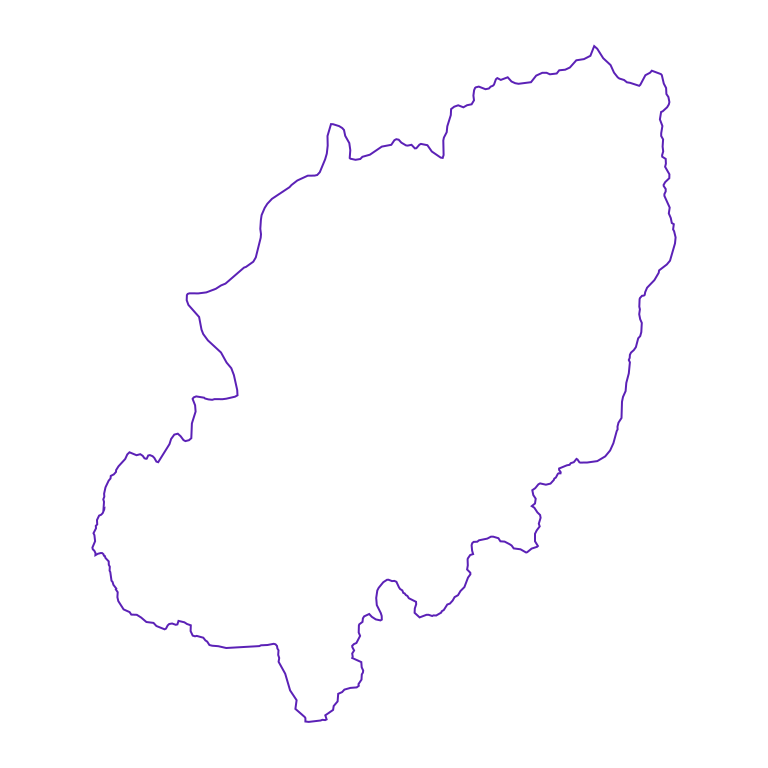 outline of Güicán, Boyacá, Colombia
{"feature_id": "7082276B71833607735517", "entity_name": "Güicán", "entity_type": "district", "adm_level": 2, "iso_a3": "COL", "parent_name": "Colombia", "parent_adm1": "Boyacá", "projection": "albers", "projection_center": [-72.306, 6.561], "detail": "fine", "context": "isolated", "style": "outline", "palette": "violet", "viewbox_px": 768, "rotation_deg": 0, "n_neighbors": 0, "source": "geoboundaries", "source_scale": "gbopen_adm2", "svg_char_len": 6051}
<svg xmlns="http://www.w3.org/2000/svg" viewBox="0 0 768 768"><path d="M331.0,124.1L327.5,136.0L327.7,145.6L326.8,153.6L325.1,159.4L319.8,172.2L317.2,175.0L314.6,175.6L307.7,175.7L297.3,180.5L291.5,185.0L289.5,187.2L272.0,198.8L267.3,203.8L264.7,207.9L261.6,215.1L260.9,219.9L260.3,228.9L261.0,234.2L260.7,237.7L255.8,257.4L253.3,261.7L246.0,266.9L244.0,267.6L225.5,283.6L221.1,285.4L215.8,288.8L206.3,292.4L198.3,293.4L189.5,293.3L187.7,293.9L186.9,295.1L186.7,300.2L188.4,304.9L199.1,317.0L201.5,329.6L203.2,334.0L207.9,340.4L221.0,352.5L226.6,362.6L231.3,368.2L233.9,375.1L237.2,390.0L237.5,395.3L235.0,396.7L226.3,398.7L222.5,399.2L214.6,399.1L212.2,399.8L208.4,399.4L205.0,398.5L204.1,397.7L196.2,396.4L193.7,397.4L192.6,398.9L195.1,405.3L195.6,411.6L191.9,423.4L191.3,438.2L189.0,440.2L185.4,441.1L183.5,440.1L180.6,436.2L177.8,433.7L174.3,434.6L171.1,439.0L169.5,444.1L158.2,462.2L156.4,461.6L154.3,457.9L152.6,456.2L149.9,455.1L148.2,455.5L146.8,458.6L146.1,458.8L144.5,458.3L142.7,455.8L140.3,454.2L136.5,455.2L129.5,452.3L127.3,454.4L125.2,459.0L118.5,466.3L116.1,470.1L116.0,471.9L113.8,474.4L110.8,475.9L110.5,478.5L108.7,480.6L105.5,487.3L104.1,493.7L104.3,496.7L103.3,499.3L104.0,501.8L103.5,509.2L104.3,508.6L104.2,509.5L102.7,513.1L101.2,514.7L99.1,515.6L97.0,520.0L97.2,524.4L95.8,525.9L96.0,528.3L93.5,533.2L94.4,535.1L95.1,541.2L92.4,547.6L92.8,549.3L94.3,550.7L95.5,553.1L95.4,555.2L97.8,553.8L100.9,553.0L102.2,553.1L103.5,554.3L103.9,555.7L104.8,556.0L105.5,558.0L108.7,561.4L108.8,564.8L109.8,566.7L109.6,570.7L110.3,572.1L111.5,580.7L112.6,582.0L113.4,584.8L116.3,588.6L115.8,589.4L117.7,592.2L117.4,597.2L118.3,601.1L123.6,609.4L129.6,612.1L131.3,614.6L136.8,614.8L141.1,617.5L146.4,622.0L153.5,622.9L156.4,626.0L164.6,629.3L166.0,628.6L167.7,625.4L169.2,624.0L172.1,623.5L175.8,624.8L177.4,624.4L178.5,620.9L184.4,622.3L187.0,624.0L190.8,625.3L190.6,631.1L192.7,635.6L195.0,636.3L196.7,635.9L203.3,637.7L205.4,640.4L207.2,641.6L209.4,645.0L212.1,645.7L218.3,646.2L226.2,648.0L259.3,646.1L261.0,645.3L267.5,645.0L273.7,643.8L275.5,644.3L277.0,646.0L277.4,648.5L278.5,650.3L278.2,654.9L279.2,658.0L278.6,661.8L285.2,673.7L290.1,690.4L296.6,700.2L295.4,708.9L304.7,717.0L305.4,718.1L305.4,721.5L308.7,721.9L320.6,720.5L322.4,719.8L325.1,720.1L326.6,719.4L325.3,715.3L333.1,709.9L333.7,706.0L337.6,701.4L338.2,693.8L342.1,692.1L344.4,689.6L350.4,687.9L356.7,687.4L358.8,685.8L358.5,684.1L361.5,679.6L361.8,674.4L362.9,672.6L363.2,670.6L361.7,667.3L361.3,662.1L352.2,658.0L352.7,656.6L352.2,653.5L354.1,650.5L352.3,647.1L352.2,645.8L353.9,644.1L356.4,643.0L360.1,635.9L358.7,632.5L358.9,625.4L359.3,624.3L362.5,621.9L362.9,618.4L364.1,616.4L369.2,614.0L371.8,616.8L375.8,619.4L380.5,620.4L381.8,619.6L381.7,616.0L380.8,613.1L376.8,605.1L376.2,598.0L377.3,590.5L378.7,587.8L383.3,582.2L387.0,579.8L388.4,579.7L392.0,581.1L394.4,580.9L396.4,581.8L399.0,587.4L400.1,589.0L402.3,590.4L403.3,592.9L404.6,593.4L405.9,595.1L407.4,595.9L408.8,598.2L416.0,601.8L416.2,604.2L414.8,608.5L414.6,612.8L419.6,617.4L426.5,614.8L428.6,614.8L432.2,616.0L433.4,615.4L436.2,615.5L441.2,612.6L441.7,611.3L443.8,610.0L447.3,604.5L449.9,603.6L452.7,600.5L454.6,597.1L458.0,595.2L460.5,591.0L464.4,587.1L468.0,577.6L470.4,574.3L470.3,572.7L467.1,569.5L467.8,565.4L467.6,559.7L467.8,558.5L470.2,555.0L473.1,554.1L472.1,550.6L471.6,545.2L472.2,543.2L473.6,541.9L477.3,541.7L479.0,540.3L487.3,538.6L490.9,536.7L493.3,536.7L498.4,538.2L500.4,541.3L504.6,541.6L509.6,544.2L511.6,545.5L513.7,548.4L520.5,549.3L526.1,552.5L527.2,552.2L531.6,548.6L537.1,546.8L537.9,546.0L535.0,541.3L535.0,533.8L536.7,530.4L539.7,526.4L538.8,523.7L540.6,517.8L540.1,515.0L537.4,512.4L534.3,507.7L531.8,506.1L535.0,503.5L535.7,498.7L533.3,495.1L532.3,490.2L535.2,488.2L538.4,484.3L540.1,483.4L545.9,484.7L550.5,483.6L553.8,480.0L554.3,478.6L555.9,477.5L557.8,473.9L558.5,473.3L560.5,473.3L560.7,472.2L559.1,469.9L559.1,468.5L566.9,465.3L569.6,464.8L570.7,463.2L573.8,462.2L576.5,458.9L577.5,459.5L579.4,462.3L580.3,462.6L587.3,462.5L597.3,461.1L605.2,456.4L610.1,450.5L613.4,443.2L616.7,431.1L617.6,429.4L617.5,426.6L618.5,422.6L621.5,418.0L622.0,401.7L623.0,396.9L625.6,391.1L626.3,382.9L628.8,373.4L629.9,362.3L628.8,360.0L629.7,357.9L629.9,354.8L631.0,352.6L633.8,350.1L635.9,347.1L638.2,338.3L640.2,336.1L641.3,332.1L641.8,322.9L640.2,319.3L639.2,314.2L639.9,309.3L639.3,306.7L639.6,299.1L640.0,298.0L642.0,295.8L643.8,295.6L644.7,294.9L645.2,292.1L647.1,287.7L654.4,280.1L658.7,272.8L659.1,270.4L666.8,264.5L670.0,260.7L675.0,243.4L675.6,237.4L674.1,231.2L673.1,229.4L673.8,224.2L671.8,223.0L670.8,218.1L668.8,213.4L669.7,207.6L664.4,195.9L664.4,194.1L665.7,191.4L665.7,189.0L663.7,186.0L663.6,184.9L665.2,182.1L669.3,178.2L669.4,174.3L665.1,166.8L665.9,163.7L665.7,158.9L662.2,156.7L662.1,155.2L663.2,151.4L662.6,146.6L663.1,139.4L661.2,136.0L661.2,133.2L662.4,126.0L659.9,119.4L661.1,112.0L662.7,111.3L667.1,107.3L668.8,104.5L669.4,102.1L668.4,97.0L666.4,94.0L666.1,88.0L663.8,83.6L661.8,75.1L660.9,74.1L651.8,70.7L650.1,72.7L645.4,75.2L640.3,84.8L639.2,85.8L630.0,82.8L626.9,82.3L624.1,80.0L619.3,78.5L617.7,77.3L614.0,72.6L610.6,65.1L603.2,58.2L597.2,48.7L594.2,46.1L590.4,55.8L584.0,59.1L576.3,60.3L569.9,67.5L565.2,69.7L559.2,70.3L556.7,73.5L549.9,74.3L546.6,72.8L542.3,72.8L536.2,75.6L531.0,82.2L518.5,83.8L515.2,83.2L511.5,81.5L507.7,77.3L500.8,79.9L497.3,78.1L495.9,79.3L494.0,84.6L492.8,85.8L490.7,86.6L488.9,88.5L485.5,89.2L478.8,86.6L475.9,87.3L475.1,87.9L474.1,90.2L473.4,95.6L474.0,100.3L471.6,104.3L467.1,105.2L463.4,107.3L458.2,105.3L454.2,106.7L451.1,109.1L450.8,115.1L447.3,126.3L446.7,132.2L443.9,137.6L443.3,140.5L443.6,155.0L442.7,157.9L440.7,157.6L431.8,151.5L427.4,145.2L420.9,143.9L419.4,144.7L416.4,148.2L414.9,148.4L411.5,144.8L407.7,145.6L406.0,145.4L401.3,142.6L398.7,139.7L396.3,139.2L394.4,140.2L391.3,144.8L381.8,146.6L369.9,154.7L362.4,156.8L360.3,159.0L355.5,159.8L350.4,158.7L349.7,158.0L350.3,150.2L349.3,143.1L345.2,135.8L344.0,130.0L342.2,128.0L339.1,126.1L333.0,124.2L331.0,124.1Z" fill="none" stroke="#5b21b6" stroke-width="2"/></svg>